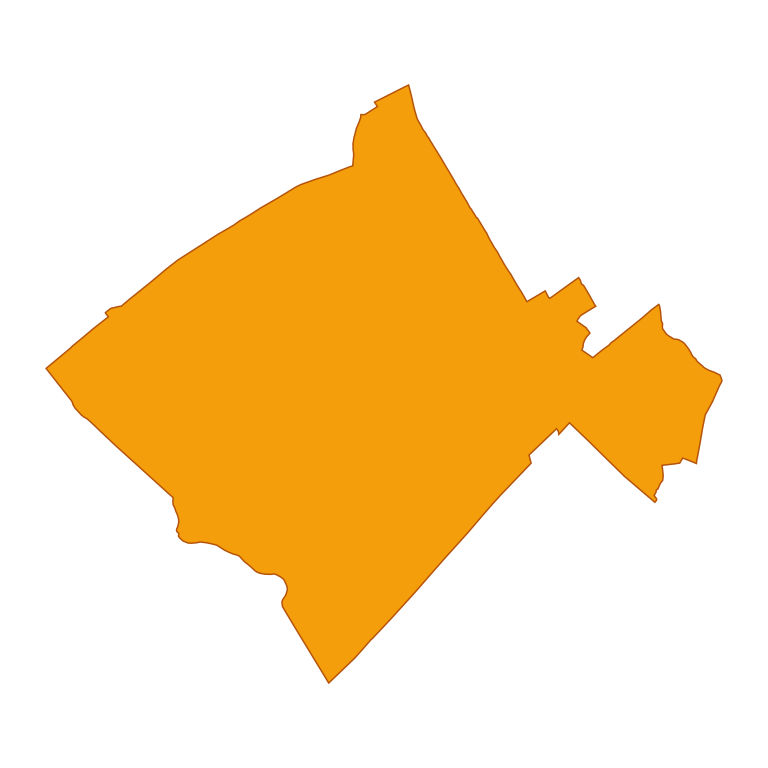 Draguseni, Suceava, Romania
{"feature_id": "2599482B30729987174468", "entity_name": "Draguseni", "entity_type": "district", "adm_level": 2, "iso_a3": "ROU", "parent_name": "Romania", "parent_adm1": "Suceava", "projection": "mercator", "projection_center": [26.522, 47.306], "detail": "fine", "context": "isolated", "style": "filled", "palette": "amber", "viewbox_px": 768, "rotation_deg": 0, "n_neighbors": 0, "source": "geoboundaries", "source_scale": "gbopen_adm2", "svg_char_len": 5367}
<svg xmlns="http://www.w3.org/2000/svg" viewBox="0 0 768 768"><path d="M106.7,437.3L108.1,438.5L112.2,442.4L113.0,443.2L114.9,444.9L115.1,445.2L132.2,460.6L142.9,470.3L169.5,494.4L172.8,497.3L173.1,497.6L172.9,501.3L173.1,504.3L173.1,504.5L173.2,504.8L173.6,505.7L174.8,508.1L175.0,508.7L175.2,509.4L175.8,511.2L177.5,515.1L178.6,519.1L178.7,520.9L178.7,522.6L178.3,524.3L177.7,526.8L176.7,529.0L176.5,529.9L176.6,530.7L176.8,531.6L178.4,533.0L178.8,533.4L178.6,534.7L178.6,535.0L178.5,536.2L179.5,537.8L182.0,540.1L183.4,541.2L185.9,542.1L187.8,543.0L191.3,543.2L193.8,543.0L196.1,542.8L199.8,542.1L200.3,542.0L202.2,542.2L206.7,542.8L211.4,543.8L214.0,544.4L216.4,545.1L216.8,545.2L224.6,550.2L225.9,550.8L229.2,552.4L232.8,553.9L237.2,555.1L239.3,556.1L242.7,559.8L245.1,562.3L246.5,563.3L247.9,564.4L250.2,566.3L251.8,567.8L252.8,568.7L255.1,570.8L256.2,571.6L257.2,572.2L259.0,572.9L259.3,573.1L260.3,573.3L261.7,573.6L264.6,574.1L270.7,574.4L271.8,574.2L274.3,574.0L275.8,574.4L279.5,576.3L281.5,577.6L282.1,578.1L282.5,578.4L283.4,579.2L284.4,580.5L285.2,582.4L286.1,584.2L287.1,586.9L287.3,589.1L287.2,590.6L285.6,595.4L282.9,599.4L282.0,601.5L282.0,602.5L282.0,603.5L282.4,605.8L282.4,606.3L283.0,607.4L283.7,608.6L283.9,609.0L284.0,609.2L298.1,632.7L300.3,636.3L306.6,646.6L310.0,652.2L311.4,654.5L313.5,658.0L320.4,669.3L322.2,672.2L328.7,683.0L329.2,682.6L332.8,679.1L345.9,666.6L354.2,658.6L355.3,657.5L356.6,656.0L362.7,649.2L370.5,640.2L372.9,638.0L391.3,618.4L414.4,593.0L443.4,559.8L467.4,533.2L475.0,524.3L483.2,514.7L492.7,503.8L494.4,501.9L498.3,497.7L500.4,495.3L504.8,490.7L531.1,463.2L529.0,455.0L529.8,454.3L556.6,428.7L558.0,430.8L558.5,432.1L558.8,434.4L569.5,422.8L586.0,438.6L596.5,448.9L624.5,476.4L654.9,502.3L655.7,501.3L656.1,500.8L656.4,500.3L656.7,499.5L656.5,498.6L654.1,495.7L655.9,492.4L656.4,490.1L656.9,489.4L658.0,488.9L658.6,487.3L660.1,483.8L662.7,480.3L663.2,475.4L662.1,465.3L675.3,463.8L679.7,463.1L682.7,458.1L685.2,459.0L691.4,461.4L696.4,463.5L696.6,461.9L696.8,460.3L699.9,444.0L702.6,428.0L705.2,415.0L712.4,401.8L715.3,395.2L719.4,385.9L721.7,381.6L721.9,380.1L720.0,375.0L718.2,374.2L713.7,372.0L710.4,370.9L707.5,369.6L704.2,367.7L702.0,365.6L698.5,362.6L697.0,361.2L696.2,359.8L695.6,358.7L694.2,357.7L692.9,356.5L691.8,354.8L690.8,352.5L689.8,350.9L688.6,348.9L686.7,346.4L685.2,344.4L683.7,342.8L682.5,341.9L680.8,341.0L679.9,340.4L678.8,339.7L678.0,339.6L676.7,339.3L675.3,339.2L673.9,339.1L672.7,338.3L671.1,337.3L668.5,335.8L667.3,334.9L666.3,333.9L665.4,332.7L664.3,331.2L663.1,329.5L662.5,328.4L662.4,327.6L662.4,326.3L662.6,324.0L662.4,323.0L661.6,321.6L661.2,320.5L660.9,315.8L660.5,311.3L659.8,307.2L659.5,306.0L659.2,304.9L658.7,304.4L657.8,305.1L655.0,307.2L653.7,308.1L651.9,309.4L643.9,316.5L640.2,319.5L638.1,321.2L635.3,323.5L628.2,329.2L615.9,339.1L615.6,339.5L610.5,343.2L610.1,344.0L608.9,345.2L607.5,346.2L602.4,349.9L598.3,353.2L596.2,355.0L593.6,357.1L592.7,357.6L581.7,350.0L582.6,348.2L583.0,346.9L583.1,345.9L583.1,344.9L583.6,342.6L584.1,341.6L584.7,340.0L585.5,338.6L586.4,337.1L588.1,335.2L589.9,333.2L589.5,332.4L588.4,330.9L587.3,329.5L586.5,328.4L586.0,327.6L583.9,326.2L577.0,321.3L577.8,319.4L578.6,318.4L579.4,317.0L580.1,316.1L580.5,315.6L581.5,315.0L588.2,310.8L595.8,306.2L594.5,304.5L590.0,296.3L585.1,287.9L583.9,285.9L583.4,285.4L582.6,284.6L581.9,284.3L581.3,283.4L581.0,282.8L580.7,281.2L579.9,279.5L578.6,277.6L563.6,288.4L549.8,298.4L549.4,298.1L548.5,297.3L545.2,290.9L536.1,296.3L526.9,301.7L522.0,293.0L520.1,290.0L516.7,284.6L515.2,281.9L512.6,277.5L511.1,274.7L508.6,271.2L504.5,264.7L499.5,256.0L497.7,252.4L494.2,247.3L489.0,238.1L486.6,233.0L484.8,230.4L482.1,225.8L477.4,218.0L476.4,217.6L475.6,216.2L473.8,213.2L472.5,211.4L471.9,210.1L471.3,209.2L470.1,207.8L468.9,205.9L468.4,204.6L467.7,203.5L466.9,201.9L466.2,200.7L465.7,200.0L463.3,196.0L461.8,193.6L460.1,190.5L458.7,187.9L457.7,186.5L456.8,185.1L455.2,182.3L453.1,178.6L451.7,176.1L450.2,173.7L448.7,171.1L447.8,169.6L446.1,166.9L445.9,166.5L444.7,164.5L442.6,160.8L441.0,158.1L438.4,153.9L436.7,151.1L434.4,147.5L432.5,144.3L430.2,140.6L429.0,138.4L427.5,136.5L425.6,132.9L424.2,131.2L422.7,129.1L421.2,126.0L419.7,123.3L418.1,120.6L417.0,118.2L416.3,115.8L414.9,111.0L413.6,105.8L412.9,102.6L411.1,94.6L410.3,91.5L408.6,85.0L401.7,88.4L374.5,102.1L377.4,106.6L371.1,110.6L364.9,114.6L360.9,114.6L360.9,115.1L360.6,117.7L359.2,121.8L356.5,128.1L355.4,132.3L354.8,134.8L354.0,137.6L353.4,141.3L353.0,143.7L353.1,148.7L353.1,149.9L353.5,152.1L353.7,155.1L352.7,166.0L350.8,166.4L345.0,168.6L340.5,170.4L336.0,172.2L334.2,173.0L328.4,175.3L315.5,179.3L301.0,184.5L296.2,186.8L277.7,198.1L260.2,208.2L253.3,212.7L248.6,215.6L247.0,216.6L239.4,221.0L233.5,225.3L217.8,234.4L208.0,240.7L177.9,260.0L166.2,269.1L166.0,269.3L150.3,282.5L130.4,298.5L124.2,303.7L121.4,306.2L119.3,306.4L116.8,307.0L111.5,308.2L110.4,308.6L109.8,309.1L105.4,312.7L105.6,313.3L108.4,316.8L93.0,328.9L82.6,337.7L77.5,341.9L72.3,346.2L70.7,347.9L46.1,368.4L58.6,384.4L59.5,385.5L65.3,392.9L65.5,393.1L69.4,398.1L70.6,399.6L71.5,400.7L72.4,402.6L73.0,404.5L73.1,404.9L75.2,408.3L76.5,409.7L81.3,414.9L81.6,415.3L81.9,415.5L83.0,416.3L83.4,416.7L85.2,417.7L87.0,418.8L88.1,419.7L88.2,419.8L89.1,420.5L96.4,427.4L101.1,432.0L101.8,432.6L105.5,436.1L106.5,437.1L106.7,437.3Z" fill="#f59e0b" stroke="#b45309" stroke-width="1.5"/></svg>